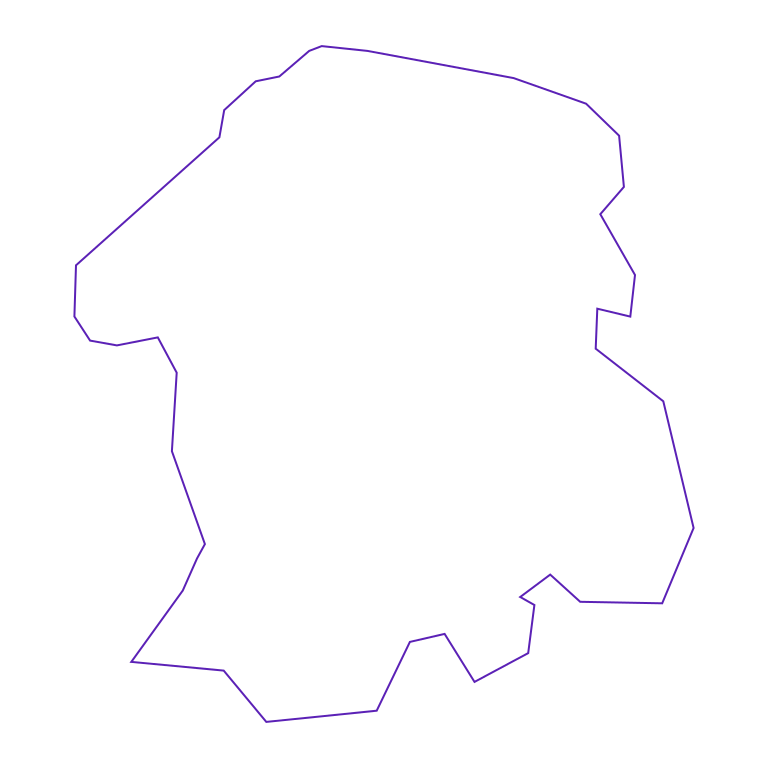 outline of Melut, Upper Nile, South Sudan
{"feature_id": "79223893B2646445325724", "entity_name": "Melut", "entity_type": "district", "adm_level": 2, "iso_a3": "SSD", "parent_name": "South Sudan", "parent_adm1": "Upper Nile", "projection": "albers", "projection_center": [32.581, 10.371], "detail": "fine", "context": "isolated", "style": "outline", "palette": "violet", "viewbox_px": 768, "rotation_deg": 0, "n_neighbors": 0, "source": "geoboundaries", "source_scale": "gbopen_adm2", "svg_char_len": 634}
<svg xmlns="http://www.w3.org/2000/svg" viewBox="0 0 768 768"><path d="M661.9,603.3L662.2,603.3L693.6,528.0L663.3,401.3L595.7,348.7L597.3,308.7L630.3,316.6L635.0,275.0L600.3,214.2L623.9,186.9L619.1,135.7L586.1,103.7L513.7,78.1L367.4,50.9L321.7,46.1L309.2,50.9L279.3,76.5L255.7,81.3L224.2,110.1L219.4,137.3L76.0,265.3L74.4,316.5L90.1,340.6L116.9,345.4L157.8,337.4L176.7,372.7L171.9,451.2L204.9,544.1L197.0,558.5L182.8,590.5L131.3,661.9L223.7,670.6L266.3,721.9L376.7,710.7L409.9,641.9L444.6,633.9L474.5,681.9L528.2,653.1L534.4,605.0L520.2,597.0L550.2,574.6L580.2,601.8L661.9,603.3Z" fill="none" stroke="#5b21b6" stroke-width="2"/></svg>